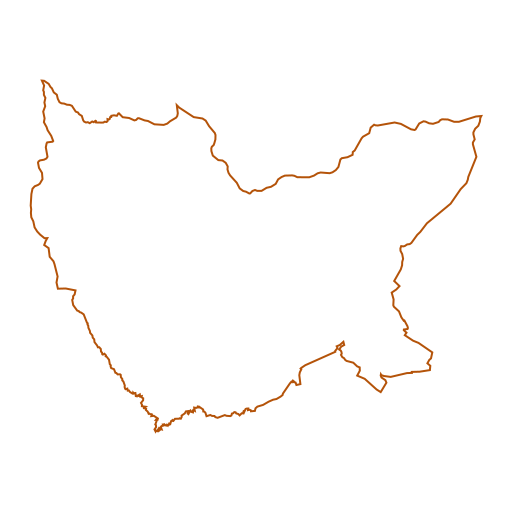 outline of Sotaquirá, Boyacá, Colombia
{"feature_id": "7082276B24848534982684", "entity_name": "Sotaquirá", "entity_type": "district", "adm_level": 2, "iso_a3": "COL", "parent_name": "Colombia", "parent_adm1": "Boyacá", "projection": "mercator", "projection_center": [-73.263, 5.785], "detail": "fine", "context": "isolated", "style": "outline", "palette": "amber", "viewbox_px": 512, "rotation_deg": 0, "n_neighbors": 0, "source": "geoboundaries", "source_scale": "gbopen_adm2", "svg_char_len": 6008}
<svg xmlns="http://www.w3.org/2000/svg" viewBox="0 0 512 512"><path d="M215.3,417.1L217.6,417.8L224.8,415.1L226.5,415.8L230.3,416.1L231.4,415.5L231.9,413.6L233.1,413.3L234.3,412.1L235.6,412.3L236.2,413.4L238.3,414.0L239.6,415.4L241.7,413.3L242.9,413.4L243.7,411.0L244.1,410.8L244.3,411.8L245.6,409.0L246.5,408.6L248.2,408.5L248.0,410.1L249.5,409.7L250.9,410.4L251.0,411.3L254.9,410.9L255.5,408.3L257.4,406.6L263.1,404.9L268.6,401.7L273.1,399.7L276.5,399.0L280.6,396.6L282.6,395.0L282.9,393.6L289.9,383.4L291.4,381.7L292.0,382.1L292.9,380.6L294.1,381.6L293.7,382.1L295.6,382.6L296.4,385.0L300.4,384.1L299.3,375.2L299.8,372.4L301.3,369.3L300.6,368.6L301.3,367.9L305.3,365.2L335.3,351.8L335.2,350.9L337.5,348.1L336.7,346.3L339.8,345.0L343.4,341.8L344.2,345.0L341.2,346.6L339.2,349.5L340.8,350.6L341.5,352.1L341.7,353.7L341.0,354.9L342.3,357.1L344.2,358.3L345.0,359.7L346.5,360.9L353.3,362.7L357.2,366.4L359.7,367.4L359.8,370.7L357.2,375.6L364.7,378.8L376.6,389.5L380.7,392.1L386.4,382.7L385.4,380.2L381.5,377.5L380.7,375.5L380.9,374.4L381.3,375.1L383.9,376.0L390.7,376.9L406.9,373.1L411.9,372.9L411.8,371.9L419.6,371.7L429.9,370.1L430.3,365.8L427.4,363.3L429.3,359.9L431.0,358.4L432.3,352.4L418.5,342.9L413.1,340.7L404.8,335.2L406.5,332.7L403.8,330.2L403.9,329.5L407.5,329.0L407.9,328.0L407.5,326.3L404.4,320.5L403.8,320.8L401.4,317.4L399.0,311.4L393.9,306.7L393.3,305.3L393.6,299.4L391.7,292.6L396.3,289.5L399.5,286.1L394.2,281.0L400.8,269.4L402.1,265.3L402.2,262.0L403.1,258.8L402.2,254.1L400.5,250.8L400.4,248.4L401.2,246.1L403.3,246.4L404.8,246.0L407.2,244.4L409.7,244.1L411.4,242.9L417.2,234.9L420.3,231.9L426.9,223.3L450.6,203.7L460.7,189.1L466.4,183.2L467.8,179.7L468.3,176.9L476.4,156.8L472.9,144.3L472.9,142.5L474.7,139.4L473.4,134.3L473.4,132.4L475.2,128.7L478.3,125.8L479.9,121.6L480.3,118.0L481.3,116.0L475.9,116.5L458.9,121.8L454.1,121.8L447.9,119.5L442.1,119.3L440.3,120.1L438.6,122.0L433.0,123.8L429.1,123.3L425.5,121.6L423.5,121.3L419.2,123.5L415.6,129.4L414.6,130.0L411.0,129.3L400.9,123.9L394.6,122.5L377.8,125.5L375.4,125.3L374.1,124.7L370.7,127.6L369.2,133.2L363.0,136.7L361.6,138.3L354.7,150.5L352.8,152.0L352.6,154.8L347.5,157.2L341.8,158.2L340.4,159.5L338.4,167.0L335.8,170.1L332.5,172.3L329.7,173.2L320.6,172.5L317.6,173.3L314.0,175.6L309.2,177.3L297.3,177.2L294.4,175.8L292.2,175.4L284.9,175.6L281.6,177.0L278.1,179.4L275.7,183.9L271.0,186.8L266.6,187.8L261.5,190.9L257.3,190.9L255.0,190.0L252.4,191.0L250.2,193.4L249.3,193.5L246.0,191.7L243.2,191.0L239.7,188.4L236.8,182.8L230.1,175.4L228.5,172.8L227.5,169.4L227.7,166.4L225.7,162.8L222.5,160.5L218.3,160.1L212.8,155.6L211.4,151.1L211.3,148.4L211.8,146.8L213.7,145.0L214.4,143.0L215.4,139.4L215.5,135.0L214.8,133.0L209.1,126.2L205.7,120.6L202.5,118.5L193.7,117.1L179.2,107.6L176.8,105.2L177.8,113.3L177.3,115.9L176.2,117.6L170.0,121.3L167.3,123.6L163.7,124.9L154.4,124.3L148.0,121.0L144.6,120.4L138.9,118.2L137.7,118.3L136.2,119.9L134.4,120.4L129.1,118.0L122.7,117.2L118.9,113.3L118.3,113.5L116.9,115.8L114.0,115.3L111.3,115.8L111.2,117.0L110.2,117.1L109.6,119.1L108.8,119.5L107.5,119.1L107.6,121.0L106.6,122.0L104.6,121.7L103.5,122.5L102.1,122.6L96.9,122.5L95.9,122.4L96.0,121.1L95.5,120.8L93.6,122.2L92.2,121.5L89.7,123.2L87.8,122.2L86.0,122.5L84.1,121.6L83.2,120.3L81.8,115.9L79.1,114.2L78.0,112.5L75.7,111.6L71.9,105.8L69.7,104.9L66.9,104.7L64.2,103.6L61.4,103.3L59.5,102.2L57.8,98.8L56.8,94.7L53.8,92.4L51.9,88.3L50.5,87.0L48.7,83.9L44.1,80.8L41.9,80.6L44.1,85.5L43.2,90.3L43.9,91.9L43.9,94.9L45.4,97.9L44.4,102.5L45.2,106.2L43.2,111.6L44.6,118.4L43.9,122.2L46.6,127.1L47.6,130.2L51.2,135.8L53.2,141.0L52.6,141.7L47.2,142.4L46.6,143.4L45.8,147.3L47.5,156.8L46.4,158.5L44.0,159.7L40.0,160.4L38.5,161.5L38.0,162.7L39.0,167.9L42.0,172.9L42.5,179.1L39.8,183.7L38.1,184.9L34.7,186.3L32.5,188.7L31.4,194.0L30.7,205.6L31.2,209.3L30.9,212.9L31.3,217.3L33.3,221.3L34.6,227.4L37.2,231.5L40.1,234.6L44.5,238.2L47.3,238.1L45.7,241.0L44.2,245.0L48.6,248.1L49.7,256.8L53.5,261.3L54.5,264.2L57.6,276.5L56.5,282.5L57.9,288.7L65.7,288.5L75.5,290.4L74.6,294.5L73.1,296.2L73.1,298.5L72.2,299.9L73.2,305.1L77.2,310.6L78.8,311.1L79.6,312.1L81.2,312.6L83.7,314.4L87.0,322.8L87.7,323.3L87.5,324.6L88.2,325.5L88.4,327.8L89.9,331.0L90.1,332.8L92.4,335.5L92.7,337.6L94.2,339.3L94.5,342.1L97.1,345.5L97.9,347.3L99.2,347.2L100.8,349.0L101.0,351.6L102.0,352.5L102.3,354.3L102.9,354.6L104.4,353.7L106.0,355.4L105.7,356.3L106.8,356.9L109.0,359.7L109.8,364.2L110.8,365.3L110.6,366.5L111.2,368.1L114.0,369.2L115.4,372.8L116.4,373.0L117.6,374.4L120.0,374.3L120.7,374.8L120.9,377.2L122.3,379.0L122.3,380.4L123.4,381.5L124.8,385.5L124.6,386.9L125.1,388.7L125.6,389.2L127.3,388.6L127.7,390.6L128.8,390.4L130.0,392.0L132.7,393.7L133.3,393.7L133.3,392.7L133.8,393.2L135.4,393.0L135.8,396.1L136.8,396.3L136.9,395.6L138.4,395.9L138.3,395.3L139.8,394.4L140.1,396.5L141.7,396.1L141.4,397.2L143.2,398.3L143.1,400.3L141.0,402.9L142.0,404.8L141.9,406.2L145.2,406.7L143.9,407.4L143.9,408.2L146.1,408.6L145.9,410.0L147.7,411.6L148.6,413.7L149.1,413.4L150.4,414.3L151.7,414.2L152.1,415.0L151.5,416.1L153.8,415.8L157.9,418.5L157.6,419.5L156.7,418.9L155.9,419.9L156.6,419.9L156.5,421.3L155.3,424.5L155.9,425.0L156.1,427.1L154.5,429.4L155.5,431.4L155.9,430.5L156.4,431.1L158.3,431.3L159.4,430.4L158.0,429.7L158.7,428.6L159.2,429.8L160.8,429.1L161.7,429.4L161.2,427.9L160.9,428.5L159.9,428.0L161.5,426.1L163.4,425.6L162.9,424.5L164.1,424.3L164.2,425.2L165.1,424.9L166.1,425.6L166.8,424.9L167.3,425.3L167.3,424.8L168.3,425.2L169.1,423.7L169.8,424.5L170.2,424.3L171.1,421.1L172.4,420.2L172.6,420.9L173.3,421.0L175.0,418.8L179.1,418.7L179.5,418.3L180.8,418.7L181.7,416.9L181.6,415.6L184.8,413.4L185.9,411.4L188.0,411.1L187.7,413.5L188.4,414.1L189.2,412.6L188.9,411.6L190.4,410.5L190.9,411.7L193.0,412.4L193.2,411.1L192.4,411.2L193.3,409.9L194.8,410.8L194.2,407.6L196.2,407.9L197.5,407.5L197.7,406.7L198.8,407.4L199.1,406.7L203.1,409.5L203.3,411.5L204.3,411.6L205.4,412.7L206.5,416.2L210.3,415.0L212.0,415.9L214.5,416.0L215.3,417.1Z" fill="none" stroke="#b45309" stroke-width="2"/></svg>